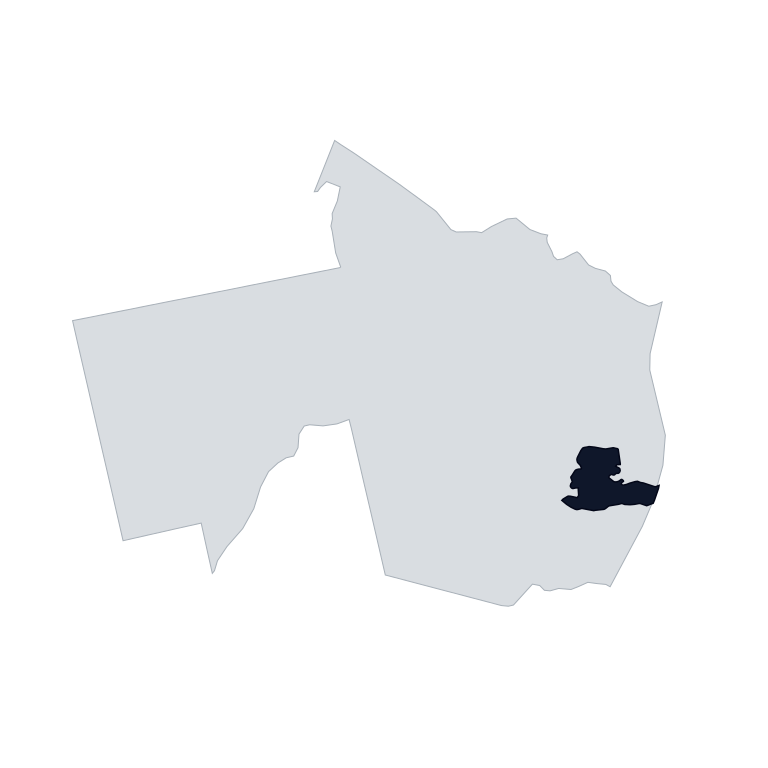 Guatemala, with Suchitepéquez highlighted, rotated 257°
{"feature_id": "GTM-1952", "entity_name": "Suchitepéquez", "entity_type": "Department", "adm_level": 1, "iso_a3": "GTM", "parent_name": "Guatemala", "parent_adm1": "", "projection": "robinson", "projection_center": [-91.398, 14.394], "detail": "fine", "context": "in_parent", "style": "filled", "palette": "ink", "viewbox_px": 768, "rotation_deg": 257, "n_neighbors": 0, "source": "natural_earth", "source_scale": "10m", "svg_char_len": 3623}
<svg xmlns="http://www.w3.org/2000/svg" viewBox="0 0 768 768"><g transform="rotate(257 384 384)"><path d="M135.6,558.7L138.8,555.1L141.6,546.7L144.9,538.0L142.9,528.0L141.7,520.0L145.5,508.2L145.1,499.3L146.9,493.9L152.6,490.4L155.6,483.6L139.5,460.4L139.5,455.2L141.7,448.6L154.7,423.9L170.2,394.4L187.3,361.9L197.6,342.3L235.1,342.3L259.9,342.3L291.4,342.2L325.6,342.2L348.1,342.2L357.3,342.0L355.7,329.2L356.9,315.2L361.0,302.4L361.0,296.8L354.3,289.9L341.3,285.9L334.1,279.8L334.1,272.1L330.9,262.8L324.6,251.8L311.5,240.6L291.8,229.1L274.9,213.8L261.0,194.5L249.3,182.0L240.2,176.8L238.1,174.1L264.6,174.3L289.6,174.6L289.8,146.9L289.9,122.3L290.0,94.5L335.4,94.6L389.6,94.6L445.7,94.7L489.9,94.7L515.8,94.8L514.7,129.2L513.5,169.1L512.6,198.4L511.3,237.5L510.1,277.5L508.4,332.0L507.3,367.3L507.8,368.1L522.6,366.4L544.5,367.9L549.8,367.8L556.5,370.9L561.7,371.8L572.8,379.7L585.9,385.7L594.2,373.6L589.8,366.3L586.5,362.6L587.0,359.3L632.4,390.7L627.1,395.6L615.6,406.8L594.7,425.9L576.1,443.0L558.1,458.6L541.9,472.5L540.0,473.9L519.4,483.9L515.9,488.5L511.6,508.3L509.5,513.2L513.3,524.2L517.1,541.1L515.9,550.0L501.7,560.9L495.1,570.7L492.3,577.0L489.7,575.4L485.3,574.9L475.1,577.4L470.2,577.9L466.1,580.7L465.7,586.8L468.4,596.7L469.4,601.8L466.5,604.2L454.0,610.1L449.1,616.0L444.3,625.1L438.8,629.0L433.1,628.3L429.0,629.6L420.3,636.4L407.2,649.7L400.2,659.5L400.1,666.9L401.4,673.5L353.7,650.1L337.8,646.1L270.8,646.6L242.1,637.5L209.4,619.8L187.2,603.7L135.6,558.7Z" fill="#d9dde1" stroke="#a8b0b8" stroke-width="1"/><path d="M220.4,627.9L209.8,621.3L207.2,619.4L207.1,618.3L206.3,612.6L209.9,606.8L210.0,606.4L210.2,605.5L210.4,600.9L211.0,596.7L212.5,591.4L214.0,589.1L214.1,588.4L214.1,587.5L214.0,585.6L214.6,576.4L214.5,575.3L213.0,572.2L212.7,571.5L212.5,570.8L212.4,569.9L213.4,561.6L213.4,561.2L213.4,560.7L213.4,559.9L218.3,548.7L218.2,547.3L218.1,545.5L218.2,543.9L218.3,543.5L218.7,542.7L219.0,542.1L221.8,538.6L225.6,534.9L230.6,531.1L231.2,532.0L231.6,532.6L233.1,537.2L233.3,538.0L233.3,538.4L232.7,540.4L229.8,546.7L231.6,548.6L237.3,549.5L238.9,550.0L239.5,548.1L239.6,547.0L239.6,545.2L239.6,544.8L239.7,544.4L239.9,544.0L240.2,543.6L240.8,543.1L241.3,542.9L242.0,542.6L243.0,542.7L244.8,543.7L246.3,545.5L249.1,545.3L250.5,545.0L251.0,545.1L251.4,545.2L252.7,546.7L256.3,550.3L256.8,551.0L257.1,551.6L257.3,552.8L257.3,554.1L257.3,554.5L257.0,556.1L257.0,556.6L257.0,557.0L257.4,557.3L257.7,557.5L260.5,557.0L264.0,555.0L265.1,554.9L266.4,554.9L267.1,555.0L268.3,555.5L269.9,556.7L274.8,560.8L275.6,561.7L276.4,562.6L276.9,563.3L277.1,564.7L276.9,567.9L276.9,569.7L275.1,575.0L271.6,583.0L270.8,585.4L270.4,592.2L270.3,593.0L270.1,593.6L269.6,594.5L268.5,596.9L267.7,597.5L253.2,596.3L252.4,596.1L253.0,592.7L251.7,591.2L249.4,594.0L248.4,594.7L247.2,594.7L246.4,594.6L245.9,594.3L245.3,593.9L244.8,593.3L244.5,592.9L244.4,592.5L244.3,592.1L244.4,591.6L244.6,590.5L244.6,590.0L244.5,589.6L243.9,588.6L243.7,588.3L243.6,587.9L243.6,587.5L243.7,587.2L243.8,586.8L244.7,585.4L244.7,584.8L244.5,584.1L243.7,582.7L243.1,582.3L242.6,582.0L241.6,582.4L241.1,582.8L237.5,585.7L237.1,586.1L236.9,586.4L236.6,587.1L236.4,588.3L236.3,589.2L236.4,590.1L236.6,591.3L236.9,592.0L237.5,593.3L237.6,593.6L237.6,594.0L237.4,594.4L236.9,594.8L236.1,595.4L235.6,595.5L235.2,595.4L235.1,595.1L234.7,594.0L234.3,593.4L233.3,592.6L232.0,593.5L231.8,593.9L231.6,594.9L231.6,596.6L231.6,597.8L232.1,601.1L232.4,606.8L232.2,609.1L231.4,610.3L230.8,611.0L230.2,612.1L229.2,614.5L223.2,624.4L222.9,625.2L222.8,625.9L223.2,628.1L223.3,629.2L220.4,627.9Z" fill="#0f172a" stroke="#020617" stroke-width="1.5"/></g></svg>